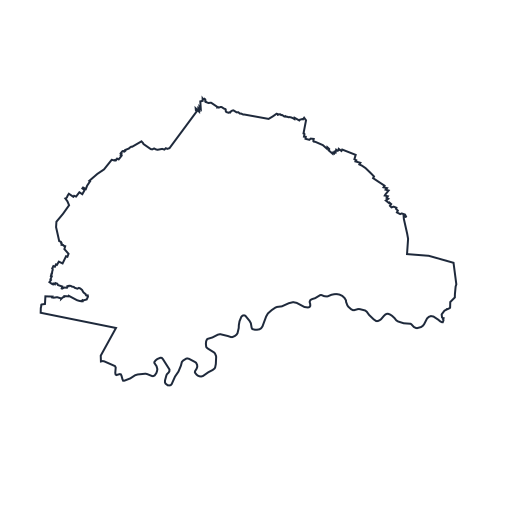 La Barca, Jalisco, Mexico (Natural Earth projection), rotated 10°
{"feature_id": "50627088B96985359808348", "entity_name": "La Barca", "entity_type": "district", "adm_level": 2, "iso_a3": "MEX", "parent_name": "Mexico", "parent_adm1": "Jalisco", "projection": "natural_earth1", "projection_center": [-102.522, 20.357], "detail": "fine", "context": "isolated", "style": "outline", "palette": "slate", "viewbox_px": 512, "rotation_deg": 10, "n_neighbors": 0, "source": "geoboundaries", "source_scale": "gbopen_adm2", "svg_char_len": 6026}
<svg xmlns="http://www.w3.org/2000/svg" viewBox="0 0 512 512"><g transform="rotate(10 256 256)"><path d="M123.3,163.0L115.1,169.9L114.2,170.0L112.7,171.4L112.2,172.2L108.8,174.3L109.1,175.0L108.2,176.1L107.9,176.1L107.7,175.6L106.7,175.7L106.1,176.2L104.9,178.4L105.9,178.9L105.2,180.1L106.2,180.6L104.0,184.7L102.3,184.2L101.5,186.0L100.9,185.8L100.6,186.4L100.0,186.2L99.8,186.5L97.2,186.3L91.3,197.1L85.5,202.7L78.8,210.9L79.6,211.3L77.5,216.0L76.8,219.6L73.8,218.6L73.3,219.6L75.8,220.8L74.2,225.3L71.0,223.9L68.5,228.7L66.4,228.3L65.8,229.4L60.9,227.2L60.1,229.0L59.6,231.1L58.7,232.3L58.3,232.5L60.8,234.9L63.1,238.5L58.6,248.0L53.5,256.9L54.1,262.3L59.6,275.5L61.4,275.9L61.6,276.4L62.3,277.0L62.1,277.6L62.6,277.9L62.6,278.8L64.3,278.7L64.8,279.3L66.4,279.5L66.1,282.5L71.0,286.4L70.4,289.5L69.0,289.2L66.8,296.9L62.8,295.8L61.5,299.3L60.5,299.0L59.8,301.5L58.2,301.1L57.5,303.6L57.9,303.8L58.2,305.0L58.0,306.4L58.1,308.8L57.7,308.9L57.5,311.4L58.4,311.5L57.6,314.7L58.3,315.2L57.1,317.6L59.6,318.8L61.0,319.2L61.2,318.3L62.9,318.8L63.1,317.5L65.1,317.8L66.0,319.0L70.6,319.7L70.3,321.7L70.7,321.8L72.9,320.3L75.3,320.1L75.5,318.4L76.7,318.4L76.8,317.9L77.8,317.6L79.1,317.7L79.9,318.1L81.9,318.1L83.0,318.8L85.8,319.2L87.1,318.2L88.6,318.5L90.7,319.7L91.9,321.3L92.7,322.0L94.8,323.1L95.2,323.9L95.8,324.4L97.1,324.0L97.6,325.2L96.8,328.2L93.7,329.7L93.2,329.6L93.2,330.5L92.2,330.4L92.2,330.9L89.9,330.9L87.4,330.6L78.5,327.7L78.4,328.3L74.2,328.8L74.3,329.5L72.9,330.3L71.7,331.9L71.7,331.7L69.8,331.4L67.3,331.1L64.0,332.2L62.5,332.2L62.6,331.3L55.6,332.3L56.5,339.9L53.2,341.0L53.0,341.5L53.2,343.0L53.1,344.6L53.8,349.3L130.6,351.2L120.4,381.1L121.6,386.8L123.2,386.1L124.8,386.1L136.2,388.9L137.2,390.2L137.7,395.5L138.3,397.1L139.2,397.5L142.2,396.0L143.4,396.0L144.3,397.2L145.9,400.6L146.8,401.9L148.1,401.6L153.4,398.4L157.7,394.4L160.1,393.2L167.6,391.1L169.4,391.2L174.6,392.3L175.5,392.2L176.9,391.3L178.2,388.6L178.5,386.6L178.5,384.6L177.2,381.8L174.5,379.0L174.3,378.2L175.2,376.3L176.7,374.6L179.5,372.8L180.9,372.7L182.2,373.7L190.5,382.8L190.7,384.6L190.2,385.9L188.8,387.9L188.5,389.0L188.0,394.3L188.3,396.3L189.1,397.4L191.6,398.7L193.5,398.4L194.4,398.0L195.2,396.8L197.2,388.8L199.7,383.3L201.1,377.0L201.4,373.2L202.4,371.6L205.1,369.2L206.1,368.8L207.9,368.9L214.1,370.9L215.5,371.5L216.9,373.4L217.4,375.3L217.1,377.2L216.0,380.0L216.0,381.1L216.3,381.6L218.0,383.1L219.4,383.9L221.2,384.3L222.9,384.2L224.6,383.4L229.3,378.7L233.1,375.8L234.7,374.0L235.1,372.9L235.2,369.4L234.3,362.4L234.0,361.4L232.5,359.1L231.5,358.3L224.6,355.5L223.1,354.6L222.7,354.0L221.9,351.2L221.7,348.6L222.2,346.6L222.8,346.0L227.2,343.8L232.1,340.1L234.3,339.2L242.2,339.7L245.5,340.2L246.9,339.9L249.1,338.4L250.5,336.8L251.2,335.2L251.5,329.9L251.1,327.0L251.1,323.1L252.1,318.5L252.5,317.8L253.5,316.8L254.7,316.5L255.9,316.7L260.9,321.0L262.6,323.1L264.2,327.5L265.1,328.6L267.6,328.8L269.9,328.4L272.1,327.6L273.6,326.3L274.6,324.2L276.5,313.8L277.7,310.5L280.9,306.5L284.1,303.4L285.6,302.5L290.2,301.1L296.5,296.8L300.6,295.0L304.2,295.1L312.5,297.8L315.8,297.7L316.8,297.4L317.6,296.9L318.1,295.7L317.7,293.8L316.9,292.2L316.8,291.4L317.3,289.8L318.9,288.6L321.5,287.3L326.1,283.3L327.3,283.1L330.0,283.7L332.3,283.6L333.6,283.3L337.0,281.1L339.8,280.0L342.1,279.5L344.9,279.5L347.9,280.3L350.5,282.0L352.3,284.1L352.7,285.6L354.6,288.8L355.7,289.9L358.9,291.9L360.8,292.5L362.1,292.3L365.8,290.5L367.4,290.3L372.9,290.7L374.7,291.6L377.6,294.4L382.8,297.9L385.6,299.2L387.3,298.9L388.9,297.8L390.1,296.6L392.4,292.7L393.7,291.0L395.2,290.1L396.4,290.0L398.3,290.4L400.4,291.3L403.2,293.1L405.3,295.0L407.2,295.8L413.1,296.6L420.0,295.9L420.9,296.3L423.8,298.5L425.9,299.1L427.1,299.1L430.9,297.3L432.4,295.8L433.4,294.0L435.3,287.8L436.8,285.9L438.7,284.8L441.3,284.8L446.6,287.1L448.6,288.3L450.4,288.9L451.4,288.8L451.8,286.9L451.6,286.1L451.1,285.7L451.5,284.7L450.6,284.6L449.9,284.2L449.0,281.5L449.1,281.0L451.1,277.1L453.5,275.3L453.4,275.1L454.3,274.8L455.9,273.6L456.1,273.0L455.3,267.6L459.0,262.3L458.5,258.9L457.9,251.4L458.2,249.1L451.7,228.4L426.1,225.8L404.4,227.9L402.8,212.7L401.0,207.8L395.2,193.9L394.5,191.2L396.6,191.5L396.9,191.1L395.5,189.3L392.1,188.8L390.7,189.7L387.2,188.6L387.8,186.7L385.7,185.2L385.9,184.1L383.0,183.5L381.0,184.6L379.2,183.3L380.1,181.4L378.1,180.2L377.8,180.8L374.2,178.8L376.3,176.7L374.5,176.1L375.4,174.3L372.4,174.1L372.7,173.5L372.6,173.2L375.2,168.5L372.2,168.2L373.2,166.4L369.7,166.2L370.4,164.5L357.8,159.0L358.4,157.2L355.1,154.8L348.6,150.4L344.6,148.6L341.9,147.9L342.6,146.1L337.6,145.6L338.1,144.3L336.1,143.6L336.6,139.1L322.4,136.2L321.9,137.7L318.9,136.2L318.9,137.6L318.2,138.2L316.5,137.4L316.4,140.2L315.3,139.7L315.2,141.3L314.1,140.7L313.9,142.1L309.5,139.5L309.5,137.9L307.3,136.5L307.3,138.1L302.6,135.2L294.8,133.3L293.0,133.3L292.5,132.9L292.5,130.7L289.5,130.9L288.4,132.3L284.4,132.0L284.3,130.0L282.5,130.1L282.6,127.6L282.3,127.1L281.5,127.0L281.7,113.7L279.4,111.5L278.5,113.3L277.8,113.1L275.5,114.2L275.1,115.0L270.0,113.2L270.1,114.5L268.3,113.8L266.3,113.4L264.7,113.4L264.0,113.7L262.1,113.4L261.6,113.6L260.6,113.2L260.3,113.7L259.6,113.7L257.5,112.7L256.9,112.6L256.4,112.9L255.0,112.2L253.1,113.1L252.9,112.5L251.6,112.3L248.2,115.7L244.6,118.8L219.9,118.7L218.8,118.9L216.5,118.3L215.5,118.6L213.6,117.5L212.0,117.9L208.5,116.5L207.6,116.8L206.5,117.6L205.5,119.3L204.8,119.1L204.1,119.7L201.8,119.4L201.0,118.5L200.7,116.9L200.2,116.6L198.8,116.4L196.3,115.3L195.2,115.4L193.6,116.3L193.2,116.0L192.0,116.5L191.8,115.8L185.3,112.9L184.4,113.0L182.7,113.6L180.6,113.2L180.0,112.7L179.5,113.0L179.2,112.7L178.9,110.7L178.5,110.4L177.8,110.1L177.5,110.6L176.7,110.9L176.1,110.3L176.5,112.5L174.3,113.4L176.0,120.5L174.4,119.0L175.0,121.9L173.8,121.0L174.6,123.5L171.0,121.1L171.5,122.9L172.6,123.7L152.1,164.8L150.0,165.9L148.5,165.5L147.3,167.1L145.0,166.8L140.6,168.5L138.9,168.4L137.0,167.8L135.3,169.0L133.8,169.0L125.8,165.3L125.1,164.4L123.3,163.0Z" fill="none" stroke="#1e293b" stroke-width="2"/></g></svg>